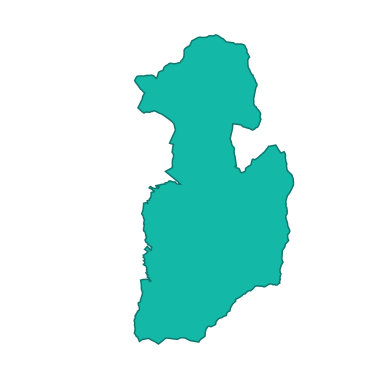 the district of Jidvei, Alba, Romania, rotated 341°
{"feature_id": "2599482B43900513786531", "entity_name": "Jidvei", "entity_type": "district", "adm_level": 2, "iso_a3": "ROU", "parent_name": "Romania", "parent_adm1": "Alba", "projection": "albers", "projection_center": [24.101, 46.229], "detail": "fine", "context": "isolated", "style": "filled", "palette": "teal", "viewbox_px": 384, "rotation_deg": 341, "n_neighbors": 0, "source": "geoboundaries", "source_scale": "gbopen_adm2", "svg_char_len": 6064}
<svg xmlns="http://www.w3.org/2000/svg" viewBox="0 0 384 384"><g transform="rotate(341 192 192)"><path d="M245.3,306.8L245.3,305.4L246.2,304.7L246.5,303.4L246.9,303.4L247.2,302.6L247.3,301.3L249.5,298.3L249.2,297.5L249.4,295.4L250.1,293.7L252.5,290.5L253.8,289.1L255.2,288.1L255.1,284.5L257.3,279.5L258.2,276.8L261.6,274.4L262.6,273.1L262.8,272.3L263.8,271.4L266.6,270.0L267.7,269.1L267.5,268.0L267.6,266.5L268.4,263.6L270.4,262.4L271.4,261.4L271.9,260.1L271.5,255.4L272.1,252.9L272.3,247.5L272.8,245.3L275.0,243.3L275.2,242.3L275.6,241.7L276.0,240.3L276.3,238.1L276.5,237.6L276.5,237.3L276.2,236.9L276.5,234.5L277.0,234.3L277.6,231.5L279.5,228.7L280.0,227.8L281.3,226.3L284.1,224.5L286.5,222.3L290.1,218.5L291.0,216.3L292.0,212.1L291.9,208.0L289.5,203.8L289.4,202.7L289.1,201.9L289.9,197.7L290.5,196.9L290.9,195.6L290.7,194.1L291.4,189.9L292.4,187.9L292.5,185.2L292.1,183.8L290.7,184.1L288.7,183.9L287.5,179.9L286.5,174.9L279.7,173.9L279.5,173.7L273.8,177.5L264.5,181.4L261.5,181.9L260.4,180.7L259.6,181.0L257.9,183.2L257.1,184.8L256.5,185.4L255.2,186.0L254.4,185.9L250.6,187.0L250.1,187.7L249.7,188.8L249.3,189.4L248.3,190.0L247.1,189.8L245.8,190.0L245.1,189.8L244.5,189.2L244.3,188.4L244.4,187.0L244.0,185.1L243.2,184.3L242.3,184.0L241.5,183.2L241.0,182.1L241.1,181.6L242.4,181.9L244.3,172.0L244.3,170.2L245.1,166.8L245.8,165.6L246.2,164.3L246.0,163.3L245.2,161.3L245.1,159.8L245.5,156.9L245.3,154.0L246.0,153.4L246.5,152.2L250.9,145.3L252.8,140.7L260.2,144.5L261.6,147.1L263.0,147.7L263.7,148.5L267.2,150.8L269.2,153.1L270.8,153.0L272.1,152.7L273.1,152.1L274.7,152.1L275.3,151.9L277.5,149.9L278.3,148.5L279.4,147.6L280.8,145.6L280.9,145.3L280.6,144.0L280.8,143.2L281.3,142.0L282.3,140.6L282.4,139.9L281.9,137.4L280.3,133.5L280.4,132.6L279.1,130.7L279.1,128.6L279.7,127.1L280.7,123.8L286.4,114.0L287.7,112.9L288.3,112.1L288.5,111.1L288.5,110.4L288.0,108.7L288.2,107.0L287.3,101.9L287.8,101.5L287.0,100.7L286.4,97.9L286.3,95.4L285.7,92.5L286.8,87.8L287.1,87.5L287.7,85.4L289.3,83.7L290.3,83.3L289.9,79.9L289.6,79.3L289.4,78.2L290.2,75.2L289.7,73.5L289.7,71.7L289.5,70.5L288.7,69.5L286.9,68.2L282.8,66.7L281.5,66.6L281.1,66.3L279.6,64.3L273.3,61.3L271.3,57.2L269.4,55.4L268.6,54.0L266.8,52.0L265.6,51.1L263.3,51.5L259.2,49.9L257.0,50.3L255.4,50.2L252.5,49.4L250.0,48.2L248.2,47.9L241.0,49.1L239.4,50.9L238.4,51.8L237.8,52.6L236.3,53.3L235.9,53.0L234.9,53.5L233.9,53.4L231.6,54.5L231.0,55.0L230.5,55.8L229.6,58.7L228.2,61.8L226.6,63.3L224.3,64.5L222.8,65.8L221.6,65.5L219.6,65.5L216.5,64.9L214.6,63.7L212.6,63.0L210.2,63.9L208.4,64.0L206.0,65.2L204.1,67.6L200.4,67.6L199.2,68.2L195.6,73.0L195.2,72.9L193.6,69.8L191.8,68.3L189.5,67.9L188.9,67.5L186.6,66.9L184.7,66.8L180.4,65.3L178.2,64.8L177.1,65.1L174.0,68.0L174.7,71.1L175.3,72.5L176.9,78.0L177.7,79.2L178.5,81.2L179.5,83.0L176.8,85.3L174.9,88.3L168.3,94.8L170.9,99.7L172.3,101.7L173.4,101.4L174.3,101.5L175.7,101.8L176.7,102.4L178.7,102.9L179.6,102.6L180.6,103.0L182.2,102.8L183.1,103.1L183.4,103.6L183.9,103.8L186.4,106.5L189.2,108.9L194.0,115.7L196.2,119.2L196.9,120.8L197.1,122.6L196.8,124.8L196.6,127.6L196.4,128.2L188.7,136.3L186.7,138.6L190.1,141.0L189.1,142.2L186.5,147.1L186.1,148.4L186.8,149.8L185.9,153.1L185.0,153.9L184.6,154.5L184.5,154.9L183.9,155.4L182.8,158.2L182.6,159.1L181.6,161.7L181.6,162.1L181.2,162.6L173.6,163.9L182.1,177.8L182.7,179.7L183.6,180.3L183.8,181.0L180.8,179.8L180.0,179.0L179.3,177.0L176.6,175.9L175.6,174.7L174.8,174.3L173.4,174.3L173.3,174.8L172.1,175.1L169.6,174.7L169.5,175.6L165.0,174.8L165.0,175.0L159.9,174.2L160.0,175.1L160.5,175.7L161.6,175.8L162.5,175.6L162.8,176.1L161.8,177.4L161.2,177.6L160.7,177.5L160.4,176.8L159.8,176.5L158.9,176.9L156.8,176.0L155.8,175.0L154.8,173.4L154.2,173.3L152.9,174.2L154.9,176.3L155.5,177.6L156.5,178.9L156.4,179.4L153.2,179.2L152.0,182.4L151.3,183.4L150.5,184.3L149.4,184.7L149.3,185.8L146.7,185.7L146.5,188.3L146.3,188.4L145.4,187.4L144.7,187.0L142.5,187.0L142.3,187.9L141.5,189.5L139.8,193.1L137.3,196.3L138.0,198.7L137.7,201.8L137.8,202.2L138.1,202.5L135.8,206.5L136.4,207.1L136.4,207.4L135.9,207.9L134.8,210.2L134.0,211.2L133.7,213.3L134.5,213.6L134.4,218.0L134.1,218.0L134.2,220.6L133.4,220.8L133.3,221.4L132.0,221.9L131.9,222.4L132.1,224.4L133.3,226.0L133.4,226.5L133.1,226.7L133.6,227.7L133.8,227.6L135.2,230.1L135.7,230.2L135.9,230.8L135.8,231.6L135.1,231.7L134.8,233.4L133.7,233.9L133.1,231.3L132.0,228.9L128.5,230.9L129.3,231.7L130.8,234.1L128.4,235.3L125.3,235.9L125.2,237.6L124.7,237.8L125.2,238.6L125.4,240.4L124.9,240.9L123.8,241.1L124.5,242.2L124.5,243.3L123.9,244.4L122.5,244.5L123.0,245.8L124.5,246.9L124.3,250.3L123.5,250.8L123.8,251.7L123.6,252.8L122.5,253.0L123.1,253.7L122.2,254.3L123.2,255.8L123.5,255.9L123.5,256.3L122.5,256.5L122.6,257.6L122.1,258.0L122.7,258.8L123.4,259.1L123.4,259.7L123.1,260.1L124.2,262.6L123.2,263.0L121.9,260.2L117.5,258.8L114.7,258.6L114.0,262.9L112.5,267.5L112.6,270.6L111.5,272.9L108.3,277.2L107.2,279.2L106.3,279.4L105.8,279.1L104.9,279.6L104.5,282.0L104.8,283.2L103.9,286.1L103.0,286.7L101.6,287.0L101.3,288.0L100.3,288.4L99.8,288.8L99.1,290.0L98.7,289.8L97.9,290.5L98.0,290.9L97.6,291.3L97.8,291.9L97.0,293.1L96.2,293.5L96.2,293.8L95.3,295.1L95.4,296.9L94.5,298.4L94.2,299.4L93.9,302.5L92.7,304.7L92.2,306.1L91.5,306.6L92.1,308.5L92.3,310.4L93.3,311.6L93.5,313.3L93.6,316.2L97.0,315.3L103.3,316.2L105.5,318.8L108.1,321.3L110.8,324.8L114.6,323.5L119.9,321.5L130.1,326.5L133.8,326.1L137.6,327.5L141.9,331.9L149.6,336.1L150.6,335.1L152.7,333.9L155.5,333.3L157.5,332.4L158.6,329.5L160.3,326.6L163.1,324.4L164.3,324.5L166.2,325.6L171.1,325.0L172.4,322.7L174.3,321.3L176.2,320.4L177.9,320.3L178.8,320.5L182.1,319.8L184.1,320.0L185.7,317.7L187.4,316.8L189.1,316.8L190.8,314.0L192.7,312.2L194.1,311.1L197.9,309.3L198.0,308.0L198.5,307.7L202.8,307.1L205.1,306.4L207.0,305.5L209.0,305.6L210.8,304.6L213.1,303.9L213.9,303.9L215.4,304.5L218.4,303.2L220.9,301.7L223.6,302.0L224.4,302.7L227.7,303.9L229.1,305.1L230.4,305.3L233.3,304.5L235.6,304.2L237.6,305.1L238.4,306.1L240.1,306.3L240.7,307.2L242.2,307.6L244.2,306.8L245.3,306.8Z" fill="#14b8a6" stroke="#0f766e" stroke-width="1.5"/></g></svg>